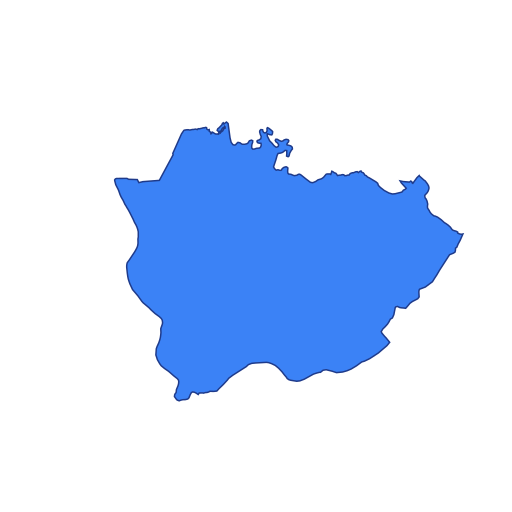 Kampong Trach, Kâmpôt, Cambodia, rotated 127°
{"feature_id": "14789045B82018402727436", "entity_name": "Kampong Trach", "entity_type": "district", "adm_level": 2, "iso_a3": "KHM", "parent_name": "Cambodia", "parent_adm1": "Kâmpôt", "projection": "mercator", "projection_center": [104.456, 10.519], "detail": "fine", "context": "isolated", "style": "filled", "palette": "blue", "viewbox_px": 512, "rotation_deg": 127, "n_neighbors": 0, "source": "geoboundaries", "source_scale": "gbopen_adm2", "svg_char_len": 6143}
<svg xmlns="http://www.w3.org/2000/svg" viewBox="0 0 512 512"><g transform="rotate(127 256 256)"><path d="M310.1,134.5L306.9,133.7L304.6,131.5L302.2,125.9L300.7,121.5L296.5,117.0L292.8,114.2L289.0,112.0L283.3,109.7L277.0,107.8L274.7,106.1L269.7,103.5L259.8,99.9L256.5,99.2L248.9,97.5L244.5,97.3L243.1,102.9L242.8,104.9L241.8,109.1L241.0,110.5L237.9,110.8L234.8,110.3L231.2,110.0L228.5,110.2L225.6,110.7L223.4,109.8L219.9,110.6L213.3,113.8L212.4,113.7L211.1,112.6L210.7,110.3L210.0,108.9L208.5,106.5L207.7,105.0L205.5,104.8L201.1,104.6L198.2,103.7L192.8,101.1L190.5,101.1L186.6,104.4L185.1,105.2L184.1,105.4L178.9,102.1L174.4,100.8L170.4,99.6L166.0,100.0L162.5,100.2L156.6,100.9L138.5,102.2L135.0,100.1L133.2,99.4L131.7,100.0L129.6,101.4L128.2,100.9L124.7,101.8L120.6,102.4L113.9,104.0L115.0,105.0L115.9,106.7L116.3,108.6L115.5,109.4L115.8,111.2L116.4,112.7L116.9,114.4L116.9,115.3L116.0,118.1L115.7,121.1L115.8,124.2L116.0,125.6L115.6,129.7L115.6,132.0L115.7,134.4L116.2,136.6L116.9,138.2L116.8,141.3L116.3,143.3L115.4,145.2L114.5,147.8L113.0,149.1L111.2,150.1L109.2,152.5L108.1,154.5L107.9,155.7L107.1,156.8L106.0,157.7L102.4,157.4L100.6,157.6L99.6,157.9L98.2,158.4L97.1,159.2L96.1,160.5L95.2,162.6L94.2,166.1L94.3,167.5L93.8,173.5L93.5,174.1L96.6,174.6L103.6,174.5L103.6,175.4L102.9,176.3L103.0,177.5L104.6,177.9L108.0,183.3L109.3,186.1L110.2,183.8L111.5,176.8L112.8,176.9L114.7,177.9L115.9,177.9L117.2,178.0L122.5,182.3L124.4,184.4L125.7,187.8L126.5,193.1L126.4,198.0L126.0,200.7L124.7,202.6L124.6,204.9L125.4,212.4L125.8,214.5L125.5,216.3L125.9,217.9L125.3,219.1L125.0,220.3L125.5,222.3L124.9,223.2L125.5,223.8L126.0,224.0L127.8,224.5L127.7,225.9L128.7,227.0L130.9,228.3L131.6,229.2L133.4,230.4L135.3,230.4L136.4,231.6L137.5,232.3L138.5,233.5L138.3,234.8L139.1,236.1L140.5,237.1L141.5,238.3L142.7,239.3L142.1,241.0L141.9,242.0L142.4,243.7L142.4,245.5L142.7,246.5L144.5,245.8L145.9,245.4L146.0,246.4L147.8,248.7L148.6,249.2L152.4,249.4L154.2,249.9L155.4,250.5L157.8,252.3L160.4,253.1L162.0,254.0L163.3,254.8L164.4,256.8L164.4,262.1L164.2,268.8L164.3,269.8L164.6,270.7L165.4,271.4L166.8,271.9L167.6,272.6L168.8,273.8L169.2,275.0L169.7,277.2L170.9,279.3L170.7,280.3L169.7,281.4L168.9,282.0L167.6,282.8L166.5,283.5L166.4,285.2L167.2,286.2L168.7,287.2L170.3,287.6L171.1,287.6L171.8,287.4L172.5,287.6L173.0,288.2L173.4,288.9L173.9,290.4L175.3,291.5L175.1,293.7L174.3,295.6L171.4,296.6L167.2,298.0L162.9,299.7L160.8,300.1L159.0,298.3L157.2,297.1L154.1,296.3L153.3,294.9L155.6,293.1L157.8,291.7L157.4,290.1L156.3,289.8L153.5,291.0L150.4,291.4L148.6,291.3L147.3,292.6L147.1,294.4L147.8,296.4L148.6,297.9L148.2,298.6L146.8,298.9L145.3,298.7L144.1,299.3L143.8,300.4L144.7,302.2L146.4,303.4L148.0,303.8L149.2,304.8L149.8,307.3L149.9,309.0L150.7,310.4L152.0,310.3L152.8,308.9L152.8,306.7L153.6,304.8L155.2,304.2L156.7,305.0L157.1,305.9L157.0,308.2L156.3,310.9L155.8,314.4L153.5,319.0L152.2,320.2L151.5,320.5L150.8,318.0L149.8,316.3L148.6,316.4L146.7,317.5L146.4,318.6L146.3,321.0L146.3,322.9L146.6,324.1L147.4,324.1L149.5,322.4L151.4,322.2L152.4,323.0L152.7,324.2L152.2,325.6L151.2,326.7L152.1,328.2L153.4,328.4L154.7,327.8L156.4,325.6L157.4,323.8L159.5,322.7L161.5,323.4L162.7,324.3L163.7,324.4L164.4,323.4L164.5,322.6L163.9,321.2L163.0,319.9L164.2,318.6L166.1,317.9L167.6,318.1L169.9,320.6L171.4,321.5L172.6,322.9L172.4,324.2L171.0,325.5L169.4,326.4L167.2,327.1L165.9,328.0L166.2,329.4L168.0,330.6L170.7,330.4L171.8,330.8L173.5,332.2L175.0,334.2L175.2,335.3L175.2,336.9L176.1,338.8L178.0,339.2L179.4,339.2L180.3,339.9L181.0,341.4L180.2,344.2L177.3,347.8L167.0,358.0L166.8,360.2L168.3,360.7L169.9,361.1L169.3,362.3L170.2,362.6L171.1,362.4L171.8,362.2L175.9,362.7L177.3,363.1L179.0,362.7L179.2,361.8L179.0,360.9L178.5,360.1L177.8,359.5L177.1,359.3L174.6,359.7L173.6,359.6L172.2,358.9L171.3,359.1L171.6,358.2L172.6,357.6L173.1,358.3L176.2,357.9L177.9,358.4L178.5,358.7L179.4,358.5L179.7,360.1L180.5,359.8L180.9,359.2L181.6,359.5L181.8,360.3L182.4,361.0L182.8,361.6L183.0,362.3L183.2,364.7L183.4,365.6L184.8,365.2L185.5,365.5L184.6,366.8L184.4,367.6L184.5,368.4L183.8,368.8L183.2,369.5L183.9,369.9L184.2,370.7L184.3,371.4L183.9,372.1L183.3,372.6L183.4,373.4L183.9,373.9L184.6,374.3L185.6,375.5L186.3,375.9L188.7,378.0L189.1,378.8L190.4,379.0L190.9,380.5L192.8,382.3L193.3,383.0L195.2,384.6L196.1,386.4L196.8,387.0L197.2,387.7L197.8,388.1L198.4,388.8L199.1,389.2L203.3,389.0L224.1,384.2L225.1,383.1L253.8,378.7L264.7,391.1L267.9,393.7L266.4,396.8L271.4,403.9L271.7,405.8L277.6,413.5L278.2,414.2L279.1,414.7L280.3,414.7L281.0,414.0L283.4,411.0L284.3,409.2L285.6,406.5L286.5,404.9L288.8,401.5L290.1,399.1L291.6,395.5L293.6,391.8L294.2,390.1L295.0,388.3L295.8,386.2L297.1,383.3L300.5,376.4L302.2,373.4L303.5,370.4L304.6,368.4L305.9,366.5L307.5,364.6L311.6,361.5L313.5,360.5L316.8,357.9L318.8,356.8L320.5,356.2L322.6,355.8L325.6,355.4L335.7,354.8L338.1,354.8L339.1,354.7L340.2,354.2L341.6,353.4L342.8,352.5L347.2,348.4L349.4,346.2L351.2,344.2L352.5,342.4L354.1,340.0L357.1,334.4L358.9,326.3L360.9,319.9L361.3,317.9L361.7,310.3L362.2,307.4L362.7,302.0L362.6,296.8L362.9,294.2L363.4,292.7L364.3,291.6L365.7,290.3L367.0,289.7L370.8,288.5L371.5,288.2L374.4,285.8L376.0,284.8L378.5,283.4L380.8,282.4L383.8,281.4L387.9,280.5L390.1,279.8L395.3,276.4L398.1,272.4L400.0,268.0L400.7,265.7L400.9,261.4L400.7,256.7L400.8,254.7L401.2,249.7L401.3,245.1L401.7,243.4L402.8,242.1L404.4,241.1L406.2,240.3L410.7,239.1L412.3,238.1L413.2,237.6L414.5,237.7L415.9,237.4L417.4,236.5L417.6,235.7L418.3,233.5L418.5,232.3L417.9,230.2L416.7,229.5L415.5,228.6L414.4,227.5L413.3,226.1L411.9,224.9L411.2,224.4L409.6,224.2L406.2,225.1L403.9,225.4L402.6,224.7L401.8,222.9L401.5,221.1L401.4,218.8L399.6,218.9L397.6,216.4L397.1,215.4L395.6,214.3L394.4,212.9L393.0,211.9L391.8,211.4L389.6,208.3L387.4,206.0L384.0,205.7L378.3,204.8L372.3,204.2L370.1,204.2L365.2,202.8L350.2,197.2L347.3,196.7L344.3,194.8L341.8,192.1L334.6,183.6L333.5,181.6L332.6,178.8L331.8,174.8L332.0,170.4L332.8,165.7L333.9,161.7L334.5,158.9L335.1,157.3L335.0,155.2L334.3,153.4L331.5,148.1L329.3,145.8L325.3,143.3L315.7,139.0L313.1,137.2L310.7,135.3L310.1,134.5Z" fill="#3b82f6" stroke="#1e3a8a" stroke-width="1.5"/></g></svg>